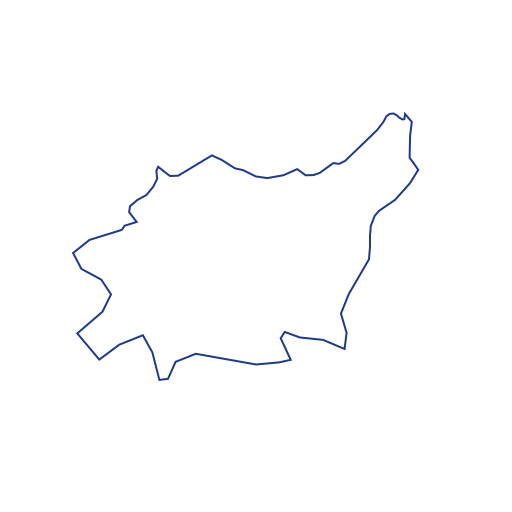 Dagdas, Albers equal-area conic projection, rotated 338°
{"feature_id": "LVA-5747", "entity_name": "Dagdas", "entity_type": "Municipality", "adm_level": 1, "iso_a3": "LVA", "parent_name": "Latvia", "parent_adm1": "", "projection": "albers", "projection_center": [27.708, 56.118], "detail": "fine", "context": "isolated", "style": "outline", "palette": "blue", "viewbox_px": 512, "rotation_deg": 338, "n_neighbors": 0, "source": "natural_earth", "source_scale": "10m", "svg_char_len": 1108}
<svg xmlns="http://www.w3.org/2000/svg" viewBox="0 0 512 512"><g transform="rotate(338 256 256)"><path d="M438.7,236.9L426.0,246.2L406.1,256.0L386.9,260.2L381.0,263.3L373.8,271.0L369.2,280.1L365.1,290.3L359.5,301.4L327.8,326.0L313.2,341.2L311.2,361.2L303.3,375.4L286.8,358.9L266.2,348.0L254.2,337.2L248.1,341.5L249.3,365.3L237.2,363.2L215.4,356.6L163.5,324.1L141.8,324.0L128.4,336.9L120.0,334.7L123.8,306.6L121.4,287.1L96.1,287.0L71.9,293.3L61.3,260.8L92.7,250.2L107.2,237.3L103.7,220.0L89.3,202.6L87.5,184.7L107.6,178.7L141.4,181.5L145.5,178.7L158.1,179.7L154.8,167.8L157.9,162.6L167.0,159.6L177.3,158.4L186.6,153.3L193.4,147.3L195.5,139.7L198.7,136.6L204.8,147.4L206.4,149.7L214.0,152.4L252.8,146.2L260.2,154.1L269.3,166.8L276.1,171.5L285.7,182.2L295.7,188.0L311.7,191.4L326.8,190.9L332.2,199.7L339.6,202.5L346.3,202.8L362.5,198.8L367.5,201.7L374.3,201.2L415.3,184.7L424.4,179.4L429.2,175.3L433.1,174.3L436.9,175.4L439.1,178.1L440.7,181.5L443.1,184.4L444.9,184.6L447.4,180.2L450.7,190.0L443.9,202.3L435.2,222.5L436.8,228.4L438.6,236.6L438.7,236.9Z" fill="none" stroke="#1e3a8a" stroke-width="2"/></g></svg>